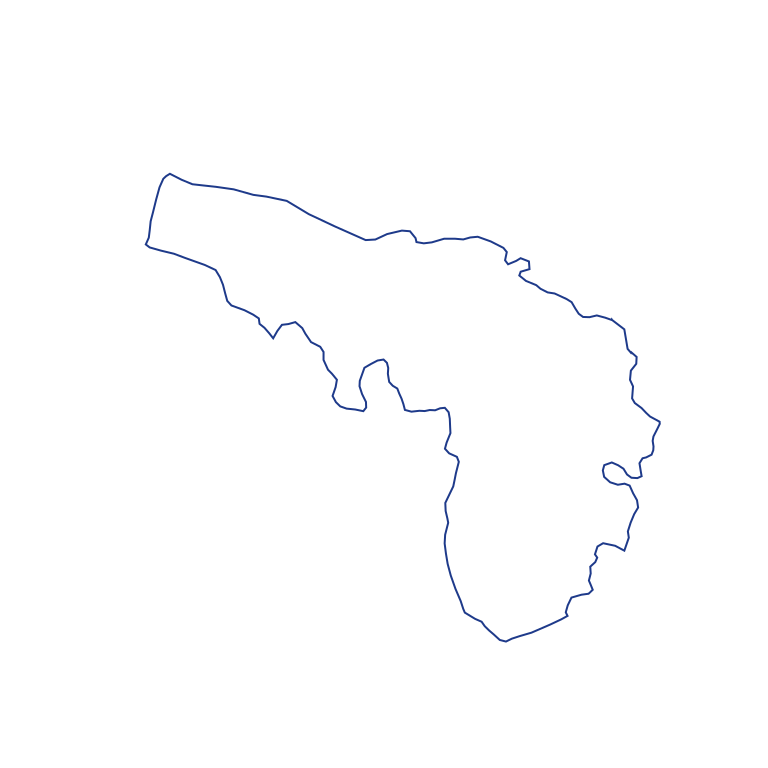 Berg, Jämtland, Sweden, rotated 27°
{"feature_id": "70781695B75500523526502", "entity_name": "Berg", "entity_type": "district", "adm_level": 2, "iso_a3": "SWE", "parent_name": "Sweden", "parent_adm1": "Jämtland", "projection": "mercator", "projection_center": [13.824, 62.694], "detail": "fine", "context": "isolated", "style": "outline", "palette": "blue", "viewbox_px": 768, "rotation_deg": 27, "n_neighbors": 0, "source": "geoboundaries", "source_scale": "gbopen_adm2", "svg_char_len": 2955}
<svg xmlns="http://www.w3.org/2000/svg" viewBox="0 0 768 768"><g transform="rotate(27 384 384)"><path d="M97.8,293.9L95.5,297.7L94.2,301.3L94.7,310.7L97.2,322.9L100.2,335.8L102.2,344.9L105.5,353.5L108.0,360.4L108.4,367.8L113.2,368.7L124.8,366.4L137.7,363.3L149.3,362.0L170.2,359.3L182.2,358.9L189.3,363.3L195.5,368.7L201.3,375.3L206.6,381.1L212.4,383.3L226.2,381.6L236.0,381.6L242.7,382.4L245.8,386.9L252.0,388.2L258.7,390.9L264.5,393.6L264.9,385.1L266.2,377.6L271.6,374.0L276.9,369.1L285.8,371.3L291.1,374.9L300.0,379.8L310.3,379.8L315.6,382.9L319.2,390.0L327.6,396.7L333.0,398.5L340.1,401.6L342.3,408.7L343.6,418.0L349.4,422.0L355.2,423.8L361.9,422.9L369.9,419.8L377.9,417.6L378.8,413.1L376.1,408.2L369.0,402.9L363.2,397.1L361.0,392.2L359.2,378.4L363.2,372.2L367.6,366.0L372.5,362.4L377.0,363.8L380.5,367.8L382.8,373.1L385.4,376.7L387.7,379.8L392.6,381.6L397.9,382.0L401.9,385.6L406.3,389.1L410.4,393.1L414.4,397.6L421.0,396.2L427.7,391.8L432.6,389.6L436.6,386.4L441.5,384.2L445.0,380.2L449.0,377.6L454.4,379.8L458.4,385.1L462.4,392.2L465.5,397.6L466.4,407.8L467.7,414.0L473.5,416.2L482.0,415.8L486.0,419.4L488.6,430.9L490.4,437.2L492.2,443.8L492.6,462.1L496.6,469.2L501.5,475.0L504.2,478.5L506.9,490.5L510.4,498.5L516.2,507.0L522.4,515.4L530.4,524.3L540.7,534.1L550.9,542.6L556.7,548.4L559.8,551.0L571.8,551.9L578.9,551.5L583.8,554.1L589.6,555.9L595.4,557.3L603.4,559.5L609.6,558.1L613.6,552.8L619.4,547.0L628.3,538.6L641.2,523.0L648.8,513.2L652.8,507.3L649.6,504.9L648.2,497.8L648.0,489.2L655.6,482.1L661.5,478.0L663.4,472.6L659.6,469.3L655.8,466.1L654.2,459.0L650.7,453.1L653.1,446.8L652.8,441.9L649.3,440.0L648.0,431.9L651.5,426.4L663.4,423.2L673.8,423.4L671.9,409.8L668.2,404.6L666.7,395.5L666.0,386.3L666.5,378.7L662.2,372.7L655.6,368.3L649.0,363.0L643.6,363.6L638.1,367.6L630.1,368.9L622.3,366.8L618.2,361.6L617.1,356.3L622.6,350.5L629.5,350.1L635.9,350.8L641.6,354.3L647.0,355.2L652.5,352.8L655.4,349.2L652.1,344.8L647.6,338.6L648.1,332.8L650.9,330.4L654.5,325.5L654.0,320.8L652.5,317.3L649.2,312.7L647.9,308.4L647.9,299.8L647.8,294.3L646.8,292.7L646.7,292.5L635.8,292.2L630.9,290.8L624.4,288.5L616.1,287.1L611.6,284.2L607.0,273.1L601.3,268.6L597.9,260.0L599.6,251.5L596.8,245.2L588.8,243.2L588.7,243.1L589.0,243.7L585.1,242.1L574.5,227.8L573.3,226.2L558.1,223.4L557.6,223.1L557.6,223.6L550.9,224.5L542.5,226.3L536.7,231.2L530.9,233.9L525.6,233.0L520.2,229.9L514.0,225.9L508.2,225.4L494.9,225.9L488.2,228.1L480.2,228.1L474.8,226.8L463.7,227.7L455.3,225.9L454.8,221.9L461.5,215.6L457.5,209.0L448.6,209.9L445.9,214.3L440.2,221.0L435.7,218.8L433.5,210.7L428.6,208.5L414.4,208.5L401.8,210.1L400.6,210.3L394.3,214.3L389.0,219.2L381.4,222.3L371.7,227.2L362.3,236.1L355.6,240.6L348.5,242.8L345.9,239.7L337.8,236.1L330.3,239.2L318.7,249.0L310.7,259.2L302.3,264.1L268.5,265.9L240.0,266.8L214.2,265.0L194.2,270.4L181.7,274.8L161.7,278.8L144.8,284.6L131.9,289.5L122.6,293.0L111.0,293.9L97.8,293.9Z" fill="none" stroke="#1e3a8a" stroke-width="2"/></g></svg>